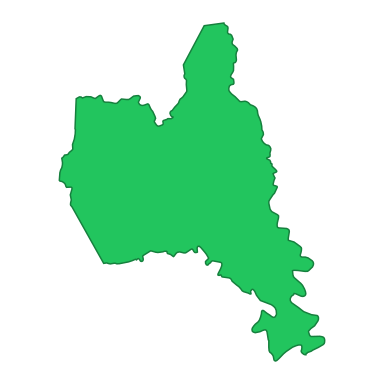 outline of Humuya, Comayagua, Honduras, rotated 90°
{"feature_id": "27666195B63492556097189", "entity_name": "Humuya", "entity_type": "district", "adm_level": 2, "iso_a3": "HND", "parent_name": "Honduras", "parent_adm1": "Comayagua", "projection": "albers", "projection_center": [-87.701, 14.223], "detail": "fine", "context": "isolated", "style": "filled", "palette": "green", "viewbox_px": 384, "rotation_deg": 90, "n_neighbors": 0, "source": "geoboundaries", "source_scale": "gbopen_adm2", "svg_char_len": 5987}
<svg xmlns="http://www.w3.org/2000/svg" viewBox="0 0 384 384"><g transform="rotate(90 192 192)"><path d="M263.4,280.3L262.9,277.3L263.5,275.7L263.9,273.7L263.2,269.6L263.3,268.5L263.8,267.3L263.7,264.7L261.9,255.5L260.6,251.6L259.3,248.6L259.9,247.4L258.9,246.6L258.6,245.6L259.3,244.6L261.1,243.5L261.4,242.8L261.4,242.1L260.9,241.3L259.9,240.8L258.9,240.8L256.3,241.3L255.7,241.0L255.1,240.2L250.8,233.3L252.2,228.3L252.5,226.1L251.8,221.0L251.2,219.5L251.3,217.4L251.6,217.0L252.6,216.9L253.5,216.5L254.4,213.5L256.6,210.6L256.3,210.1L253.1,207.7L252.3,206.5L251.9,204.3L252.9,200.2L252.9,198.7L252.6,197.9L249.3,193.0L249.0,192.2L249.1,191.8L249.6,191.2L251.5,190.1L252.4,189.3L252.6,188.3L252.3,186.9L252.1,186.6L251.8,186.6L248.4,186.9L247.2,186.7L246.3,186.0L246.3,184.7L247.6,183.1L252.2,179.2L254.3,177.6L258.1,175.4L258.6,175.6L261.1,178.1L261.7,178.5L263.4,178.4L264.8,177.6L265.1,176.8L265.0,176.1L263.9,175.2L262.7,173.5L261.4,172.6L260.8,171.4L262.3,163.4L263.0,162.4L264.3,162.1L265.9,162.3L268.8,163.4L273.7,165.9L274.7,166.1L275.2,165.9L275.4,164.9L274.9,163.2L276.9,161.9L277.9,154.9L278.3,153.9L279.3,152.8L281.3,151.8L285.0,147.4L286.7,145.1L288.7,143.3L290.8,141.8L291.7,140.3L293.1,135.7L294.0,134.0L294.0,133.3L293.8,133.0L291.5,133.4L290.8,133.2L289.5,132.1L289.3,131.5L289.5,130.9L290.1,130.2L291.5,129.2L295.3,127.5L300.5,123.6L304.7,112.6L306.3,110.4L308.0,108.8L310.4,107.8L313.9,107.5L314.8,107.7L316.2,108.5L317.0,109.1L317.3,109.8L317.3,110.9L316.5,112.4L315.3,113.9L313.1,117.3L310.7,120.3L310.4,121.1L310.6,121.9L311.5,122.4L313.9,122.6L317.3,123.5L320.3,124.7L322.0,126.0L324.2,128.7L326.2,130.4L328.2,131.7L329.5,132.0L330.8,131.8L331.5,131.5L332.2,130.3L332.7,128.8L331.7,124.0L330.4,121.2L329.9,119.5L329.9,118.4L330.5,117.6L331.8,117.0L339.9,115.7L340.5,115.2L347.3,115.2L350.7,114.9L352.3,114.1L353.4,112.6L355.4,111.1L356.4,110.7L359.9,110.0L360.6,109.5L361.0,108.4L360.5,107.2L358.5,105.0L353.8,100.5L351.5,97.8L347.2,91.5L345.7,87.9L345.0,85.4L345.0,83.5L345.3,82.6L346.2,82.2L347.3,82.1L349.3,82.3L350.9,82.8L351.8,82.7L353.0,81.9L354.1,80.5L354.6,79.6L354.8,78.1L353.5,77.8L353.3,77.1L352.5,76.4L351.2,72.8L350.1,71.2L347.4,65.6L344.5,60.7L343.5,59.8L342.2,59.4L340.0,59.3L338.3,59.7L337.3,60.5L336.7,62.0L336.3,64.2L336.5,72.3L336.4,73.2L335.5,74.3L332.5,75.3L331.4,75.5L330.7,75.1L328.5,73.1L325.8,69.4L321.1,66.2L319.6,65.6L318.2,65.5L317.2,65.6L316.0,66.2L315.5,66.9L314.7,72.5L311.7,80.2L309.9,82.6L307.8,85.2L302.9,92.2L301.9,93.0L300.6,93.7L298.9,93.8L297.3,93.2L295.9,92.2L294.8,90.5L293.5,89.9L293.8,88.2L296.1,83.1L296.4,81.7L296.3,80.3L295.7,79.2L294.9,78.5L293.8,78.2L291.8,78.5L289.0,79.5L285.3,81.5L283.5,83.1L277.9,89.5L276.7,90.5L274.7,91.1L270.7,91.5L270.4,90.8L270.3,89.2L270.5,85.8L271.4,78.9L271.3,76.4L270.4,75.1L266.9,71.5L264.8,70.6L263.2,70.5L261.8,71.0L260.7,71.9L257.9,75.9L257.1,78.6L257.1,81.9L256.8,82.8L256.4,83.4L255.1,83.8L252.4,83.0L250.4,82.6L248.6,82.5L247.7,82.7L246.5,83.8L242.0,90.0L240.5,95.0L240.1,95.7L238.6,95.8L231.7,94.7L230.2,94.9L229.4,95.6L228.5,97.3L227.9,105.3L227.4,106.4L226.2,106.8L224.7,106.9L222.5,106.6L217.9,105.5L215.9,105.4L214.8,106.4L211.7,112.1L210.5,113.1L208.9,114.0L203.1,115.2L201.2,115.1L199.7,114.3L194.9,111.1L193.2,109.5L187.4,106.8L186.7,106.8L186.3,107.1L185.3,110.3L184.9,110.7L184.2,110.9L180.4,110.0L178.0,109.0L176.0,110.1L173.7,110.9L173.1,110.1L172.1,107.8L171.6,107.3L171.0,107.3L169.7,108.3L166.4,111.8L165.5,112.1L164.1,112.0L163.6,112.4L163.3,113.3L161.8,113.4L160.2,114.2L159.0,116.9L158.5,117.3L158.1,117.3L157.7,116.9L157.1,115.0L156.5,114.1L155.0,113.9L153.1,114.1L150.3,113.3L148.6,113.2L147.0,113.9L145.7,115.0L145.2,115.9L144.9,117.7L143.3,119.9L141.4,121.5L139.3,122.5L138.5,122.6L134.6,120.6L133.0,120.7L131.8,121.0L129.8,122.1L126.1,122.3L121.8,123.2L119.4,124.0L115.3,125.8L113.3,126.3L110.7,126.6L108.7,127.4L107.7,128.2L106.8,129.2L105.7,131.1L104.7,133.7L102.7,135.6L101.7,137.3L101.2,139.0L101.7,142.9L101.4,144.3L96.8,148.8L93.9,152.5L91.9,154.2L90.5,155.1L88.2,155.2L86.0,154.6L84.8,153.1L84.2,150.6L83.3,150.1L82.1,150.1L79.3,150.5L77.4,153.3L76.6,153.4L74.9,153.0L72.3,151.3L70.5,150.5L66.6,150.4L63.5,150.6L62.9,150.1L62.5,148.8L61.6,148.1L60.6,147.7L59.5,147.6L55.5,148.0L53.8,147.9L51.7,147.4L50.6,146.6L49.6,146.5L48.5,146.9L46.1,149.2L44.8,151.0L43.9,151.7L43.1,151.9L42.0,151.9L39.1,150.9L35.3,152.4L34.3,153.6L34.0,155.3L33.1,156.2L32.2,156.5L28.1,156.0L27.0,156.2L26.4,156.6L25.0,158.9L23.7,160.0L23.0,160.1L25.7,179.8L64.9,200.6L73.8,199.2L75.4,199.9L76.9,199.9L78.1,199.4L79.4,198.0L80.3,197.5L84.6,197.7L90.1,197.2L91.5,197.3L96.8,201.0L97.9,202.2L99.2,203.9L101.0,204.8L102.8,205.4L103.7,206.0L107.3,209.4L110.4,211.7L111.2,213.1L112.1,213.8L113.4,214.0L115.3,213.3L116.5,212.4L116.9,211.1L117.6,211.1L118.7,212.8L118.6,216.1L119.4,217.2L120.5,220.5L121.0,221.0L121.7,221.1L122.9,220.8L124.2,220.9L124.8,221.5L125.9,224.2L126.2,225.7L125.8,226.7L124.8,227.7L121.8,229.7L120.9,229.6L119.8,228.9L119.2,228.9L118.4,228.4L116.4,229.0L111.4,231.3L109.9,232.6L108.1,233.6L104.7,235.1L104.1,235.7L103.9,236.4L105.2,239.9L105.5,241.8L105.1,243.3L104.5,244.3L103.3,245.2L102.1,245.6L98.2,243.8L97.2,243.7L96.5,244.2L95.6,245.5L95.7,247.3L96.1,250.4L99.0,254.3L99.5,255.4L99.5,257.6L99.0,262.5L99.5,263.2L102.9,266.6L103.2,267.3L103.4,268.3L103.3,269.6L102.5,273.0L102.2,275.6L102.2,278.5L101.9,279.9L101.0,280.7L96.2,282.5L95.7,283.0L95.4,283.6L95.6,284.6L98.5,288.7L98.1,290.2L96.8,293.1L96.6,297.8L98.0,301.6L97.0,302.9L96.9,304.6L98.7,307.8L128.9,309.0L129.3,308.6L133.9,308.8L139.2,309.7L144.6,311.5L149.1,311.2L150.3,312.1L152.4,314.7L154.2,315.9L154.7,316.9L155.1,319.5L156.9,320.6L158.2,322.2L162.6,321.5L164.9,321.6L167.7,322.2L170.1,323.4L172.7,324.1L180.3,324.7L181.0,324.2L181.6,321.7L183.2,319.5L184.4,318.7L186.6,318.0L187.3,317.4L187.1,313.3L187.3,312.5L187.7,312.1L189.0,312.0L194.9,313.7L199.9,312.7L202.9,313.4L204.6,313.5L205.3,313.3L207.0,311.9L263.4,280.3Z" fill="#22c55e" stroke="#15803d" stroke-width="1.5"/></g></svg>